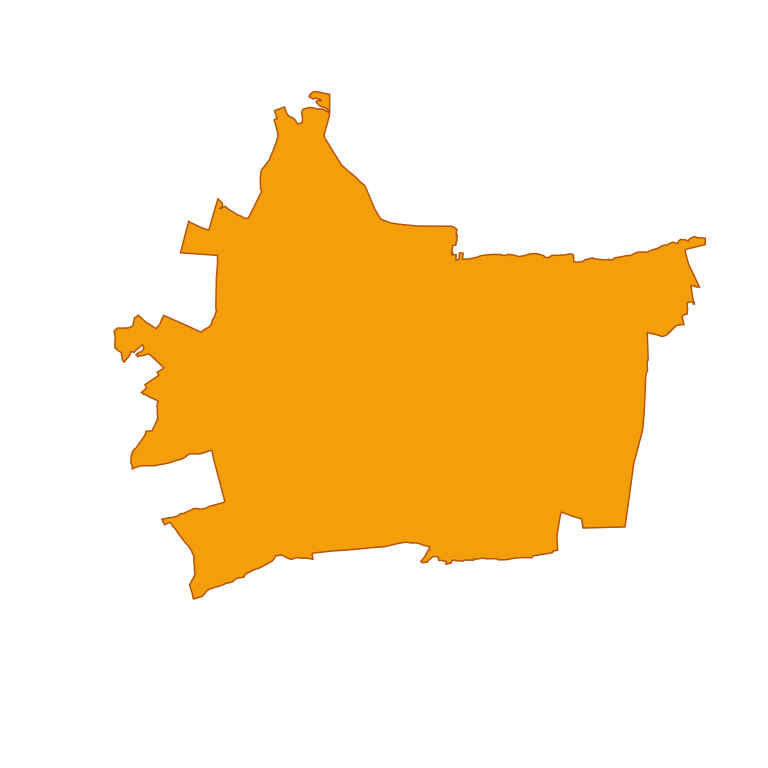 outline of Beresti, Galati, Romania, rotated 287°
{"feature_id": "2599482B76512347370212", "entity_name": "Beresti", "entity_type": "district", "adm_level": 2, "iso_a3": "ROU", "parent_name": "Romania", "parent_adm1": "Galati", "projection": "equal_earth", "projection_center": [27.864, 46.092], "detail": "fine", "context": "isolated", "style": "filled", "palette": "amber", "viewbox_px": 768, "rotation_deg": 287, "n_neighbors": 0, "source": "geoboundaries", "source_scale": "gbopen_adm2", "svg_char_len": 6171}
<svg xmlns="http://www.w3.org/2000/svg" viewBox="0 0 768 768"><g transform="rotate(287 384 384)"><path d="M158.5,306.7L159.9,306.5L162.1,307.6L166.6,312.1L169.6,315.6L171.0,318.1L180.8,327.9L182.9,329.3L188.0,330.9L188.5,331.7L190.5,336.1L188.9,346.2L192.5,351.3L193.0,354.9L194.7,360.2L195.7,367.3L200.4,365.0L201.3,365.1L209.5,384.1L214.1,396.4L225.1,423.1L228.7,432.5L235.6,443.9L238.4,449.6L239.4,452.2L239.9,456.4L241.7,462.1L241.3,469.6L241.7,475.2L239.4,475.4L238.6,476.2L238.1,474.9L229.6,473.0L225.1,471.1L224.4,473.3L226.4,477.5L228.4,478.1L233.5,481.6L234.6,486.4L231.3,487.9L232.2,491.4L232.5,495.5L229.9,495.7L232.3,500.4L235.6,500.8L236.3,503.6L235.9,503.8L237.6,511.2L239.0,512.0L241.7,521.2L243.1,521.0L243.3,523.0L246.4,529.6L246.8,533.0L249.7,542.4L249.3,545.0L251.7,552.2L255.9,560.4L258.6,567.6L261.2,576.3L263.3,577.0L271.8,594.3L273.7,594.5L275.8,598.7L288.8,593.9L310.7,590.9L313.3,591.2L312.6,606.1L312.7,612.3L304.5,616.5L317.8,656.3L381.0,646.1L415.7,644.8L433.8,640.9L469.6,631.6L474.0,632.0L481.9,629.2L484.3,629.6L510.2,620.7L510.9,632.9L510.6,634.9L511.3,637.3L513.0,639.4L515.0,640.9L525.2,646.4L525.9,647.4L528.7,653.5L535.2,649.6L536.9,649.7L538.3,651.2L539.5,653.5L545.2,652.2L550.2,649.9L553.0,655.1L550.8,656.5L551.4,657.5L556.1,654.3L567.7,648.8L568.6,651.4L568.0,653.8L568.9,657.4L587.7,640.2L598.7,633.4L600.7,632.8L611.2,650.4L617.3,648.7L616.5,645.3L616.4,643.7L615.5,641.6L615.8,638.3L614.8,636.5L612.4,634.1L611.5,633.5L610.0,633.4L609.6,631.8L610.1,631.2L610.0,629.8L609.3,628.0L609.0,625.3L606.9,624.0L604.8,623.7L604.0,623.1L604.1,618.5L599.9,614.1L598.1,610.4L596.3,608.4L594.2,606.6L590.2,600.7L587.2,597.2L586.3,595.0L586.2,593.5L585.5,591.8L585.1,589.8L584.3,588.3L583.4,587.0L580.1,583.5L578.9,581.8L578.2,580.3L578.0,579.1L574.9,573.5L571.9,567.4L570.2,566.8L568.2,563.0L569.0,562.3L567.6,560.3L567.1,559.0L566.5,554.7L565.1,548.0L565.6,547.5L565.5,546.5L564.7,545.0L563.4,543.1L562.3,540.7L558.9,537.7L556.8,532.7L556.6,529.6L562.6,527.7L563.1,526.3L562.7,523.8L561.8,521.7L559.8,518.5L559.4,516.2L559.0,515.1L558.1,513.8L556.9,508.8L556.1,507.1L554.7,505.6L552.8,504.1L552.2,500.8L553.4,499.2L553.4,493.5L553.3,492.0L552.6,489.5L550.8,485.2L547.0,479.3L545.1,474.9L545.3,471.8L544.8,467.3L544.3,465.0L543.8,464.0L542.7,463.0L542.1,461.5L541.6,459.1L541.9,458.9L541.8,457.1L538.9,447.8L536.2,441.7L533.9,437.4L532.8,436.3L531.7,434.6L528.2,428.2L526.3,422.6L532.3,421.4L531.5,417.9L524.9,419.3L523.9,416.4L528.7,415.3L527.3,410.8L528.5,410.6L528.9,411.8L530.1,410.8L529.9,410.4L536.3,409.2L537.9,412.2L541.1,411.3L541.4,412.0L547.9,410.4L547.3,409.6L549.1,408.9L549.2,409.1L551.3,408.5L553.0,408.7L554.4,405.1L554.5,402.1L544.7,369.2L541.0,350.6L540.0,343.2L540.7,333.6L541.4,331.9L548.6,324.0L568.1,307.8L570.4,302.1L573.7,296.0L578.1,285.5L581.2,279.1L602.2,255.1L604.7,253.9L624.0,253.4L627.7,252.7L645.2,247.3L644.4,241.2L644.2,236.4L643.4,232.4L642.9,231.3L641.3,229.8L640.2,229.4L639.4,228.6L637.2,228.2L636.7,228.6L636.1,232.0L635.7,232.9L637.3,234.9L637.7,236.6L637.1,240.8L636.5,241.1L635.8,238.1L635.1,236.8L634.0,236.6L633.5,237.0L631.6,240.3L631.2,241.5L630.8,245.7L631.1,247.2L629.2,251.3L627.3,251.9L628.1,250.5L628.1,248.2L628.8,246.7L628.8,244.5L628.2,241.7L627.4,239.7L627.5,236.6L627.3,234.5L626.5,231.6L623.2,226.4L621.6,225.9L619.8,225.8L618.6,226.2L615.5,227.9L611.3,229.1L610.0,229.2L609.2,228.3L608.4,227.0L607.7,225.2L607.8,224.8L610.3,222.1L611.5,220.1L611.9,219.0L612.2,215.6L612.6,214.4L613.7,212.4L619.8,207.9L613.3,199.3L606.6,204.2L605.0,201.8L603.9,201.8L600.9,204.1L592.7,209.2L589.1,210.2L587.1,210.4L576.7,209.9L564.5,208.7L552.8,204.3L549.2,204.5L544.3,205.6L534.0,209.1L533.0,210.7L532.6,210.7L503.3,205.8L502.7,205.3L501.7,201.6L502.6,199.4L503.0,194.8L505.8,183.7L507.4,180.4L506.9,179.2L504.1,176.5L504.0,175.9L506.4,177.1L507.6,177.3L508.8,177.0L509.8,176.2L512.0,172.3L512.4,171.1L480.2,171.4L479.9,169.4L480.0,165.7L480.6,160.1L482.0,151.0L482.5,149.7L450.0,151.0L458.3,187.1L451.3,189.4L436.8,192.6L407.3,201.0L403.9,202.9L403.6,202.2L398.2,202.3L395.6,201.1L390.7,201.4L387.1,199.9L384.7,197.3L382.0,195.0L380.2,194.3L380.5,189.2L381.1,186.2L383.4,168.5L385.2,153.1L375.2,152.0L370.3,149.7L372.4,142.9L373.3,138.7L375.4,134.1L378.0,129.2L374.4,126.2L366.9,126.6L365.1,126.1L363.0,123.2L361.7,119.9L359.6,112.8L356.0,110.5L355.2,110.5L350.6,113.1L342.9,115.1L340.0,116.1L337.9,121.0L337.3,123.6L335.0,124.5L334.1,125.2L331.4,126.2L329.6,127.9L329.1,129.3L333.1,130.6L334.6,131.6L337.4,132.4L339.0,132.6L340.7,132.3L341.1,132.9L341.2,135.5L349.6,140.6L350.7,141.6L350.1,142.7L349.1,143.2L348.2,143.2L347.5,144.2L343.9,142.7L343.2,141.0L339.5,138.3L338.7,139.9L338.0,140.7L339.7,141.8L339.7,143.0L340.4,144.6L343.1,148.6L343.6,149.6L343.8,150.6L340.5,158.4L339.7,159.5L338.2,162.7L334.9,168.7L328.9,163.7L326.4,166.1L313.5,155.5L310.9,158.2L305.0,154.5L304.8,155.6L303.7,156.8L304.2,157.9L303.5,160.5L303.6,161.6L302.8,163.6L302.7,166.3L301.8,173.2L299.2,173.0L296.2,173.5L294.3,174.4L289.3,175.9L286.9,177.1L285.4,177.3L285.2,177.8L271.3,175.8L269.4,170.3L265.3,170.4L263.6,169.9L253.6,166.5L250.8,165.8L248.7,164.4L246.1,163.3L241.4,163.3L236.0,164.5L234.8,164.9L231.7,167.3L229.1,168.1L231.5,170.7L234.2,174.7L235.4,177.6L239.1,189.4L240.7,191.7L241.8,194.3L244.0,198.4L246.3,202.4L250.1,207.6L252.6,211.8L255.9,215.4L258.1,216.5L260.1,218.5L261.3,221.0L262.3,225.5L263.3,228.3L265.3,231.6L269.5,237.1L269.9,238.2L269.9,239.3L268.8,239.5L264.2,242.0L225.0,266.2L223.3,264.4L219.1,257.9L216.1,252.9L213.1,250.0L210.8,245.4L210.0,240.5L209.2,238.5L207.0,236.3L202.7,231.1L201.7,230.6L201.2,229.6L201.0,227.9L196.9,224.6L194.7,221.0L193.5,217.9L189.7,211.1L185.2,215.2L189.3,219.8L186.2,223.7L184.0,227.4L179.3,233.0L178.0,235.1L175.3,238.6L171.0,245.5L168.7,248.2L165.4,250.9L164.1,252.4L162.8,253.0L160.6,253.4L153.2,256.4L151.6,256.7L146.4,259.1L135.4,256.8L134.4,257.3L133.9,257.9L133.1,258.1L127.6,261.9L122.9,264.4L122.8,264.7L123.7,266.5L125.6,268.8L126.7,270.7L128.6,272.9L134.3,275.0L136.8,277.2L140.6,282.4L142.1,285.0L146.9,291.0L150.5,296.8L154.1,299.0L155.7,300.9L156.5,302.4L157.7,305.5L158.5,306.7Z" fill="#f59e0b" stroke="#b45309" stroke-width="1.5"/></g></svg>